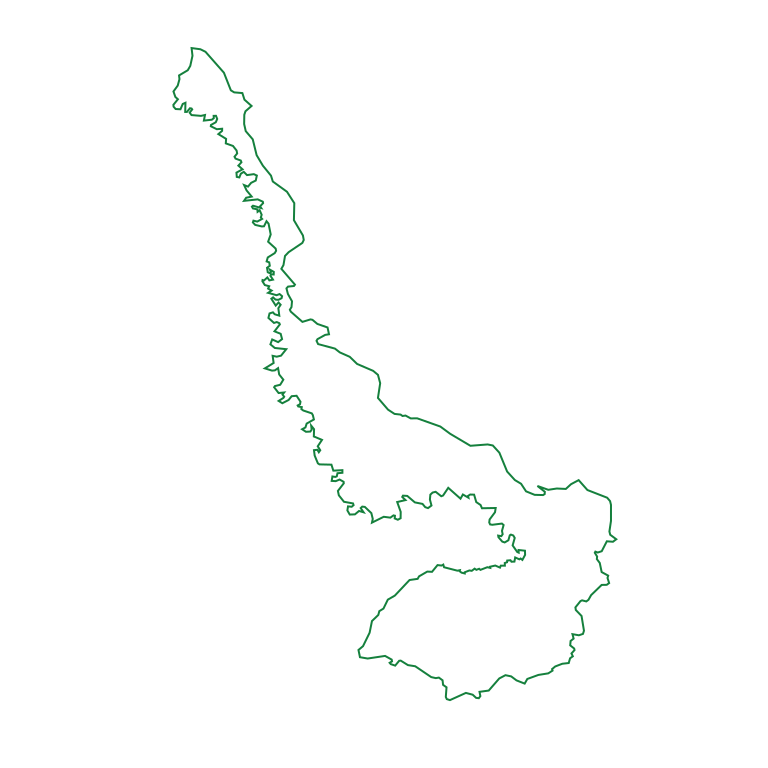 Ipixuna do Pará, Pará, Brazil, rotated 99°
{"feature_id": "56859067B6005115981824", "entity_name": "Ipixuna do Pará", "entity_type": "district", "adm_level": 2, "iso_a3": "BRA", "parent_name": "Brazil", "parent_adm1": "Pará", "projection": "robinson", "projection_center": [-48.107, -2.938], "detail": "fine", "context": "isolated", "style": "outline", "palette": "green", "viewbox_px": 768, "rotation_deg": 99, "n_neighbors": 0, "source": "geoboundaries", "source_scale": "gbopen_adm2", "svg_char_len": 6161}
<svg xmlns="http://www.w3.org/2000/svg" viewBox="0 0 768 768"><g transform="rotate(99 384 384)"><path d="M460.7,216.5L465.3,208.3L467.6,208.1L468.8,209.5L469.9,217.9L467.8,226.9L461.1,233.0L458.4,239.7L451.2,248.7L433.8,259.3L427.7,266.9L427.5,272.2L431.5,289.0L422.8,310.9L417.2,321.7L412.7,345.9L413.8,352.2L411.8,357.8L412.7,360.7L411.6,362.8L411.9,368.9L408.7,376.0L398.7,387.8L383.8,387.9L375.9,391.4L372.7,396.8L368.4,413.7L362.5,422.1L359.7,432.6L356.7,438.0L354.9,455.3L351.9,457.4L350.1,456.7L344.7,449.8L343.5,446.1L337.0,448.6L335.1,459.2L331.8,464.7L331.7,466.7L335.4,474.3L327.1,487.4L325.4,488.6L322.5,487.4L316.7,487.8L310.1,493.0L304.8,495.3L302.8,494.0L301.3,488.3L299.8,487.5L286.3,503.4L282.3,501.9L273.0,501.8L268.7,498.8L257.4,486.7L254.3,485.8L250.0,487.3L236.3,498.6L219.4,500.9L209.3,509.9L201.4,525.5L195.9,528.2L187.3,537.8L177.9,545.6L162.9,551.9L155.9,560.1L149.1,562.8L139.9,564.1L136.3,563.5L130.1,558.3L125.0,566.3L118.8,569.4L119.4,577.6L117.9,581.2L101.6,590.8L83.8,612.3L82.1,617.7L82.3,626.6L89.8,624.5L100.1,625.1L104.8,626.9L111.3,634.7L114.9,633.7L121.5,634.4L128.0,637.7L133.1,635.0L135.0,632.1L141.2,635.7L143.0,635.2L145.0,632.8L144.5,628.0L138.9,626.6L137.3,624.1L146.4,622.9L146.1,621.2L142.0,618.8L142.0,617.2L142.8,616.4L146.4,618.4L148.5,616.2L147.8,606.7L146.3,602.9L152.0,603.1L149.9,595.4L148.1,593.7L145.8,594.2L145.4,591.9L148.3,590.2L151.8,591.1L155.2,595.4L156.5,595.4L158.5,589.0L157.2,583.8L159.3,583.5L163.1,586.7L166.6,578.3L171.1,577.9L172.5,570.4L176.5,566.1L179.3,565.1L182.9,567.2L184.6,565.9L185.7,560.4L187.3,559.5L191.1,562.0L194.1,557.3L198.3,562.8L202.5,561.8L202.6,559.2L198.7,558.3L196.4,555.7L199.1,552.0L197.1,545.4L198.0,542.2L203.1,542.5L206.1,546.7L210.3,549.2L209.4,553.3L214.3,550.0L219.6,544.0L221.6,549.3L225.0,550.9L221.4,537.6L222.9,532.2L224.3,531.7L227.9,534.2L229.4,532.8L228.4,541.3L229.5,542.2L231.1,540.9L231.3,536.4L233.7,535.8L231.8,534.0L236.0,531.3L238.8,531.7L240.0,530.2L243.4,534.6L243.1,538.5L244.9,538.8L247.0,536.1L247.5,529.3L247.0,527.2L241.6,525.5L243.7,523.1L254.0,519.3L261.6,520.7L267.2,512.2L269.3,511.4L271.8,512.4L277.2,518.6L281.3,519.1L281.8,516.4L285.1,515.3L287.5,517.7L291.8,516.3L292.5,513.9L291.2,513.2L288.9,514.6L290.5,510.4L293.1,510.1L293.3,512.5L294.9,513.1L298.3,510.0L299.6,513.4L297.0,515.9L300.5,518.7L300.3,520.2L301.5,520.2L304.9,517.2L305.4,512.7L307.9,513.4L309.3,509.6L312.1,512.7L313.1,504.0L311.5,501.2L313.2,498.4L315.3,498.6L317.4,501.5L317.6,504.4L315.8,507.1L317.4,508.6L323.5,503.2L320.0,500.9L321.9,498.5L325.7,500.2L332.9,498.1L332.2,502.9L330.6,504.9L332.2,508.1L336.8,508.5L340.9,502.2L339.6,499.6L340.3,496.9L341.4,496.2L349.1,500.4L350.6,493.9L355.6,491.7L359.2,495.1L357.5,501.4L362.6,502.4L365.5,497.5L364.9,486.0L372.1,490.1L373.8,494.2L373.6,498.4L380.5,496.3L387.2,504.1L388.3,496.7L387.6,493.9L384.9,491.1L391.0,489.0L395.5,484.1L401.0,486.4L403.1,491.4L404.4,492.0L409.4,486.7L408.0,481.3L410.3,482.6L412.2,480.6L413.5,481.2L417.2,485.4L418.9,481.4L414.7,475.7L410.5,473.3L409.3,468.5L414.6,463.7L417.1,463.8L418.7,465.9L419.6,465.2L419.7,461.6L421.7,461.7L422.8,459.6L424.3,450.7L425.9,449.4L430.0,447.7L435.2,454.2L439.2,454.8L441.5,457.8L443.4,453.6L442.5,449.3L440.4,448.3L436.5,449.4L439.6,446.0L446.8,445.1L448.9,436.5L455.9,439.7L459.4,436.6L461.6,437.7L459.4,439.5L460.3,442.8L465.5,441.3L472.7,436.9L473.5,435.2L471.9,423.3L477.5,420.5L475.6,411.6L478.2,411.2L479.4,416.0L482.6,416.2L483.4,417.5L483.4,420.5L487.9,420.5L487.5,416.5L485.3,412.9L486.9,408.6L488.4,408.2L496.8,412.8L501.0,411.2L506.6,405.1L506.8,395.9L508.4,395.1L510.3,396.7L510.5,400.4L514.6,400.4L518.3,397.4L517.3,392.3L513.3,388.8L513.9,384.1L510.2,387.6L508.5,386.3L508.4,383.7L513.5,376.3L519.0,374.0L522.8,374.2L515.2,363.5L515.0,356.8L512.3,354.1L512.4,352.6L515.1,352.4L515.9,349.1L514.0,346.6L507.7,347.5L498.5,352.5L495.3,344.6L492.7,348.3L491.3,347.8L490.9,343.5L496.1,335.0L496.4,327.2L499.2,324.0L499.7,321.1L496.6,318.1L490.9,320.6L486.0,320.9L483.6,319.0L482.4,316.1L485.9,309.9L484.9,308.2L476.5,304.3L485.3,290.5L480.8,288.8L483.1,282.8L481.4,283.5L479.7,281.6L479.2,277.7L486.2,274.4L488.4,269.7L491.4,267.8L489.0,254.3L493.3,254.3L501.3,258.5L504.3,258.4L506.1,257.2L506.1,255.0L503.4,245.7L504.6,243.8L510.6,244.5L513.8,243.3L515.9,244.3L515.9,247.5L517.4,247.0L521.2,242.5L521.6,240.0L518.9,236.7L513.8,236.1L512.9,235.1L513.4,232.6L515.6,230.8L523.3,231.7L529.1,226.1L529.5,224.6L526.9,225.1L526.6,218.7L530.7,217.9L536.1,219.8L535.0,221.8L536.0,222.9L534.8,227.3L539.0,227.4L539.6,230.3L538.3,231.5L539.1,234.7L540.8,234.6L541.9,236.7L544.5,236.2L545.2,240.3L547.2,240.7L545.9,245.7L547.9,250.7L549.0,250.3L548.8,253.3L552.5,259.7L551.6,261.1L553.1,263.7L552.2,265.6L554.8,268.1L554.8,270.5L557.3,274.8L558.5,274.6L558.2,277.9L557.1,280.0L556.0,279.9L556.9,282.3L555.6,296.0L553.1,297.2L554.3,298.7L554.5,302.8L562.0,307.2L562.5,311.9L568.5,319.3L571.2,320.3L573.6,328.1L591.3,340.2L596.4,346.5L605.9,349.4L609.1,353.1L613.0,353.5L620.0,358.8L631.9,359.3L646.2,363.7L650.7,367.6L657.6,365.0L657.7,357.2L652.4,340.4L655.0,333.3L656.7,332.7L658.5,334.8L659.6,333.5L660.4,328.9L655.0,325.7L654.6,324.2L657.9,316.4L657.9,309.0L666.1,291.5L666.4,286.8L665.4,283.9L667.5,279.8L671.9,278.6L673.8,274.8L683.4,274.0L685.4,272.7L685.9,269.4L676.3,254.8L677.0,247.8L679.6,243.9L679.5,241.2L677.2,240.0L673.1,241.5L670.4,232.6L656.8,224.1L652.6,218.5L652.9,212.6L656.0,206.8L657.9,198.2L652.9,196.3L647.2,186.0L644.1,176.5L640.7,172.7L639.3,173.4L636.2,170.7L632.4,164.1L630.7,157.9L625.8,157.3L623.4,154.9L620.8,156.7L617.0,154.2L615.5,154.8L613.0,159.2L608.6,159.5L605.8,156.9L601.6,158.7L601.7,152.2L599.7,148.4L596.4,147.9L582.2,152.6L577.2,159.2L574.7,160.0L567.7,156.0L566.7,154.5L567.1,150.2L565.2,148.3L560.1,146.4L548.4,137.6L547.5,132.6L545.4,130.5L540.6,132.9L538.2,132.6L535.7,139.6L527.0,142.9L523.6,146.4L521.1,146.5L517.7,149.4L516.5,149.0L517.0,146.5L515.1,142.8L504.5,139.3L504.0,133.2L501.0,130.3L497.5,137.0L494.4,138.3L483.7,138.4L467.9,140.9L464.3,142.4L461.4,145.8L456.9,166.5L448.5,176.7L453.7,183.6L459.2,188.0L460.2,197.0L462.8,205.2L460.7,216.5Z" fill="none" stroke="#15803d" stroke-width="2"/></g></svg>